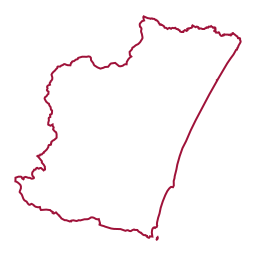 Thap Sakae, Prachuap Khiri Khan, Thailand (Albers equal-area conic projection)
{"feature_id": "78962969B3750900919123", "entity_name": "Thap Sakae", "entity_type": "district", "adm_level": 2, "iso_a3": "THA", "parent_name": "Thailand", "parent_adm1": "Prachuap Khiri Khan", "projection": "albers", "projection_center": [99.584, 11.545], "detail": "fine", "context": "isolated", "style": "outline", "palette": "rose", "viewbox_px": 256, "rotation_deg": 0, "n_neighbors": 0, "source": "geoboundaries", "source_scale": "gbopen_adm2", "svg_char_len": 5637}
<svg xmlns="http://www.w3.org/2000/svg" viewBox="0 0 256 256"><path d="M152.4,236.6L151.8,232.7L152.1,230.0L152.6,228.7L153.4,227.7L154.4,227.3L154.8,227.4L154.7,227.9L155.0,228.0L155.6,227.3L156.6,227.1L157.2,225.6L156.9,224.5L157.1,222.3L158.2,217.6L159.5,213.6L160.7,207.8L162.8,201.3L165.3,195.1L167.3,191.1L169.2,188.5L170.5,187.3L171.1,186.9L173.0,187.2L173.8,185.5L173.7,181.0L174.5,178.2L174.7,176.3L176.4,169.5L177.3,164.6L179.7,156.1L182.5,148.1L186.0,141.3L190.7,130.4L195.7,120.2L209.4,94.3L217.3,80.3L217.0,80.0L217.9,79.2L227.2,63.4L230.8,58.1L233.5,54.5L236.1,49.8L237.0,49.6L237.3,48.1L237.6,48.0L237.7,47.5L238.2,46.9L238.4,45.9L240.3,42.6L240.6,41.8L240.6,41.1L240.1,40.2L240.1,38.8L239.8,38.2L238.8,38.0L238.5,38.3L238.0,38.2L237.3,36.4L236.6,36.1L234.2,34.1L233.4,33.7L233.1,33.1L232.6,33.1L232.4,34.1L231.7,34.5L231.2,34.3L230.7,34.4L230.7,34.9L231.0,35.2L230.9,35.4L230.4,35.4L229.7,34.9L229.0,34.7L228.4,34.9L228.0,34.6L225.1,34.6L224.3,34.3L224.1,34.4L224.2,34.9L224.0,35.2L223.0,35.0L222.8,35.7L221.3,35.9L220.4,35.2L219.7,34.0L219.1,32.5L218.5,32.3L217.9,32.7L217.0,32.7L216.7,32.5L216.1,32.6L215.6,31.1L214.7,31.4L214.3,31.2L214.3,30.5L215.3,29.7L215.6,29.1L215.3,28.5L215.4,28.0L214.8,27.4L214.5,27.4L214.2,27.9L213.7,27.7L213.1,27.8L212.6,27.0L211.7,26.7L211.1,26.1L210.4,26.7L208.8,26.6L208.4,27.4L208.0,27.7L207.4,27.3L206.5,27.4L206.3,28.0L205.3,28.2L204.3,29.0L202.9,29.0L202.3,29.0L201.3,28.5L199.6,28.4L199.1,28.8L198.5,28.4L198.7,27.8L198.2,27.1L196.8,26.6L195.6,27.2L194.1,26.3L193.5,26.3L193.2,25.8L192.5,25.4L192.1,26.0L192.2,27.0L191.7,27.7L190.8,28.0L190.1,28.0L189.2,28.6L188.4,28.3L187.3,28.8L187.7,30.0L187.0,30.7L186.4,30.9L186.0,30.4L184.9,30.1L184.6,30.4L183.0,31.5L183.1,32.0L181.3,32.0L180.0,31.4L179.7,30.4L178.9,30.1L178.7,29.8L178.2,29.7L177.9,29.1L176.4,29.0L175.3,27.8L174.7,27.9L174.2,28.2L172.5,27.9L171.2,28.4L171.1,28.7L170.5,28.6L169.6,27.9L168.6,28.2L167.5,29.0L166.2,27.9L164.6,27.7L164.0,26.3L162.1,25.0L161.6,25.0L161.2,24.5L160.9,24.4L160.4,24.8L159.7,24.6L159.5,23.7L158.8,23.1L158.6,22.3L157.2,20.6L156.4,20.4L156.0,19.9L155.5,20.0L154.5,19.0L153.8,18.8L152.8,18.9L152.0,18.4L151.1,18.5L150.8,18.8L150.4,18.8L150.1,18.5L147.6,18.1L143.7,16.4L143.3,17.1L143.8,19.8L144.1,20.5L142.0,21.2L139.9,23.6L139.7,24.8L140.0,26.7L140.4,26.8L141.4,28.3L141.4,29.6L141.1,30.6L141.1,31.8L141.9,34.1L142.5,37.3L142.4,38.5L140.1,42.2L139.1,43.2L138.3,44.0L135.7,45.3L133.8,46.9L132.4,47.7L132.2,48.6L131.8,49.5L129.6,51.9L129.9,55.0L131.3,56.6L130.0,57.4L128.3,59.3L126.8,61.9L126.6,64.3L125.3,64.2L124.1,64.7L122.8,65.7L121.4,66.1L120.1,66.3L119.0,66.1L115.2,62.9L111.6,63.4L111.0,63.5L110.2,64.1L108.1,66.8L105.0,67.0L103.3,67.8L100.4,68.6L97.5,67.4L94.4,65.4L93.8,64.6L93.3,63.2L91.1,60.3L90.8,57.6L89.9,56.7L88.5,56.4L86.8,56.8L82.3,56.7L78.2,57.9L77.6,59.2L75.9,59.6L74.0,61.1L72.4,61.4L72.0,61.8L71.7,62.6L71.2,62.8L71.0,63.1L70.4,65.3L67.7,65.2L66.1,64.7L65.0,64.2L64.3,64.1L63.7,64.3L62.7,65.1L61.2,65.6L60.3,66.5L57.9,66.5L57.4,66.9L57.2,68.2L56.2,69.0L55.0,70.5L53.0,72.3L52.0,73.6L51.5,74.7L52.3,77.3L52.3,79.1L51.6,80.4L50.6,81.4L50.5,82.1L49.8,82.9L49.7,83.7L50.0,84.7L48.6,85.2L47.6,85.8L47.1,86.8L47.1,87.3L47.6,88.2L46.9,90.0L47.2,90.7L48.5,91.6L48.4,93.9L47.7,94.4L46.4,96.3L45.6,96.8L44.9,97.4L44.6,98.4L44.8,99.2L46.2,101.7L48.1,103.4L48.9,103.7L49.4,105.5L50.6,107.1L50.9,109.3L51.1,109.8L52.0,110.4L52.1,110.8L51.9,113.4L51.5,114.2L50.6,114.4L50.4,114.9L50.1,114.9L50.3,117.0L48.9,117.8L48.7,118.3L48.9,120.4L48.3,122.5L48.2,124.6L48.7,124.9L50.5,125.7L52.6,124.5L52.8,126.3L53.6,127.2L53.7,127.6L53.1,129.1L53.1,129.4L54.8,131.4L56.1,132.3L56.6,134.2L56.6,137.6L56.4,138.0L54.2,139.9L52.7,140.7L51.8,141.5L51.2,142.2L51.4,142.8L50.9,143.7L51.0,144.6L50.7,144.8L48.8,145.1L48.4,145.9L48.3,147.1L46.8,149.5L44.6,151.6L44.1,151.8L43.9,152.1L43.9,152.7L42.9,153.2L41.7,154.5L40.3,154.5L39.8,155.5L38.0,155.7L37.4,156.1L38.4,157.0L41.9,161.3L41.8,162.6L43.7,164.7L44.9,166.8L44.8,167.6L45.0,168.7L45.0,169.5L44.7,169.8L43.9,169.8L43.6,170.3L41.0,168.0L40.2,168.0L38.8,168.7L38.0,168.4L37.4,167.9L36.9,167.9L36.2,168.3L35.5,169.6L34.1,169.7L33.6,170.8L32.7,171.8L32.3,172.5L32.1,174.2L32.5,175.8L33.9,177.4L33.9,178.0L33.6,178.3L32.7,178.6L31.6,178.7L29.7,177.8L28.3,177.8L25.7,176.9L24.2,177.3L23.8,177.7L23.7,179.0L23.4,179.3L22.2,178.5L21.5,176.9L20.8,176.7L18.4,176.7L15.5,177.7L15.4,181.4L16.2,181.6L17.6,182.4L19.3,183.8L20.4,185.0L20.9,186.3L20.9,188.3L19.7,191.5L19.7,192.2L21.5,194.2L22.0,195.1L23.3,198.6L24.0,199.8L24.7,200.5L26.6,201.6L27.9,203.6L28.8,204.5L29.3,204.8L30.0,204.7L31.3,203.9L31.7,203.9L33.6,205.0L34.0,205.6L35.5,206.7L38.1,207.3L39.9,207.0L40.5,209.3L40.9,210.0L46.2,209.6L50.2,210.1L50.8,210.8L52.8,212.0L52.5,212.8L53.3,213.4L53.9,213.5L56.0,212.4L58.0,214.6L59.3,215.5L59.2,215.9L61.0,217.7L61.3,218.4L64.7,220.2L66.3,220.2L69.9,221.5L70.4,221.1L71.2,221.3L71.4,220.6L73.4,220.3L76.4,221.0L77.7,220.7L78.5,220.2L80.3,220.4L84.4,219.3L87.5,219.2L88.7,218.9L91.1,217.4L92.5,217.4L93.7,217.7L96.2,219.1L96.9,219.1L97.9,219.4L98.8,219.1L100.0,223.2L100.0,223.7L99.5,224.2L99.5,224.7L101.6,225.5L103.9,226.1L105.0,226.6L111.2,228.5L113.9,228.9L120.6,229.1L125.4,230.8L126.8,230.3L127.9,230.2L129.5,231.0L130.8,231.1L132.4,230.1L134.0,229.5L134.5,229.9L135.0,229.9L137.4,230.0L138.5,231.5L139.2,231.8L139.5,232.2L140.8,232.6L141.0,233.0L141.3,233.0L142.6,234.4L143.9,235.1L145.5,235.1L145.9,235.7L147.0,235.9L147.2,237.0L148.3,237.6L149.0,237.8L149.3,237.6L149.9,236.3L152.4,236.6ZM157.2,239.4L157.6,238.7L157.8,237.8L157.6,237.2L156.9,237.9L156.9,238.8L156.6,239.4L156.7,239.6L157.2,239.4Z" fill="none" stroke="#9f1239" stroke-width="2"/></svg>